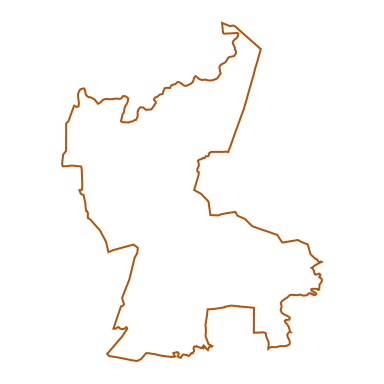 the district of San Juan Cacahuatepec, Oaxaca, Mexico
{"feature_id": "50627088B64633222678632", "entity_name": "San Juan Cacahuatepec", "entity_type": "district", "adm_level": 2, "iso_a3": "MEX", "parent_name": "Mexico", "parent_adm1": "Oaxaca", "projection": "robinson", "projection_center": [-98.147, 16.655], "detail": "fine", "context": "isolated", "style": "outline", "palette": "amber", "viewbox_px": 384, "rotation_deg": 0, "n_neighbors": 0, "source": "geoboundaries", "source_scale": "gbopen_adm2", "svg_char_len": 5931}
<svg xmlns="http://www.w3.org/2000/svg" viewBox="0 0 384 384"><path d="M120.9,306.5L113.4,328.7L114.7,328.8L115.7,328.5L116.4,328.1L117.3,327.4L118.4,327.0L119.1,327.6L120.1,328.6L121.2,329.0L122.6,329.1L124.4,328.7L125.8,327.4L126.5,327.2L127.0,328.0L127.2,328.8L122.2,336.4L107.2,353.9L109.2,356.1L116.6,357.2L123.3,358.5L130.7,360.0L133.5,360.5L136.9,361.0L140.8,359.3L146.0,353.3L146.8,353.1L147.8,353.1L152.9,353.9L154.0,354.0L154.4,354.0L155.1,354.1L157.4,354.9L162.0,355.8L170.9,356.9L171.3,357.0L171.8,356.7L174.0,356.9L175.2,356.5L175.1,356.4L174.5,356.5L173.4,353.0L177.4,352.1L178.8,353.5L177.8,356.5L178.5,356.8L179.2,357.4L180.9,357.8L181.1,357.7L181.1,356.8L182.9,354.7L183.7,354.5L184.6,354.6L185.5,354.9L186.8,355.0L188.4,356.0L188.8,356.0L190.2,354.5L191.0,353.9L191.3,353.1L191.8,353.1L192.7,353.3L194.0,351.0L194.0,350.0L193.6,348.8L193.6,348.0L194.2,346.6L194.8,346.4L195.7,346.8L196.3,346.6L196.8,346.1L199.1,347.4L201.1,348.2L201.9,347.4L203.6,348.4L204.6,347.0L203.2,346.2L203.7,345.5L207.9,350.1L208.6,348.6L208.7,348.1L209.5,346.7L210.8,346.7L212.3,346.4L212.4,346.1L208.5,344.1L205.8,336.8L205.6,336.0L205.9,331.8L205.8,327.8L205.4,324.8L205.8,323.1L207.0,315.2L207.6,309.4L212.9,309.0L213.1,309.1L224.6,307.3L224.8,307.3L224.8,306.8L231.2,305.6L239.4,306.3L239.6,306.7L241.3,306.6L254.0,307.8L254.0,314.2L253.9,319.7L253.9,332.7L258.5,332.6L263.6,332.3L265.7,333.1L266.2,336.5L268.5,341.6L268.7,344.3L268.5,346.8L268.2,347.7L268.3,348.8L269.4,347.7L270.6,347.3L271.6,347.0L272.3,347.0L274.4,347.2L276.9,347.0L278.8,346.4L280.7,346.0L283.3,346.2L284.9,346.0L285.9,345.9L287.0,345.7L288.0,345.1L288.8,344.9L289.7,343.9L289.8,342.6L289.7,341.2L288.8,338.8L287.8,337.4L287.6,336.2L287.2,335.1L287.6,334.0L288.4,333.0L289.0,332.3L289.7,331.9L290.4,332.0L290.1,331.7L288.7,326.7L285.7,322.6L284.9,321.4L285.0,320.6L285.5,320.1L289.4,319.6L289.8,317.7L288.3,316.4L286.6,315.6L285.0,314.8L284.4,314.6L281.6,312.6L280.6,309.9L281.4,307.5L281.6,307.2L281.6,306.4L281.5,305.7L280.8,303.6L280.8,303.2L281.4,302.0L281.9,301.2L285.7,298.4L287.2,297.6L288.5,296.2L290.1,295.0L292.2,294.8L295.4,295.1L297.7,295.1L300.2,294.6L301.6,295.0L303.6,295.7L307.1,295.1L309.0,293.2L309.3,293.2L311.2,293.8L312.2,294.3L312.0,293.8L313.6,294.4L314.3,294.8L314.9,295.0L315.0,295.0L315.7,294.7L315.9,294.5L316.1,294.3L316.3,293.9L316.3,293.7L315.7,292.9L313.2,291.6L311.4,290.4L311.2,289.6L311.4,289.1L312.5,288.8L314.6,288.8L317.5,289.0L317.8,289.8L318.6,289.9L319.2,289.4L319.6,284.5L321.7,281.5L321.9,280.2L321.8,279.1L319.9,277.6L320.1,277.5L320.1,277.4L319.4,277.2L320.4,274.8L320.0,274.5L319.1,273.6L318.1,274.1L316.1,274.6L315.7,274.2L315.2,274.5L314.8,274.2L314.5,273.5L313.9,271.0L313.2,269.4L312.7,268.7L311.6,267.8L311.9,267.7L312.9,267.1L313.3,266.7L314.6,265.5L316.4,264.6L318.9,263.1L321.7,261.9L321.0,261.5L319.8,261.8L319.2,261.9L318.7,261.7L317.8,260.8L317.1,259.4L315.9,259.1L313.3,257.0L310.5,254.1L307.8,244.5L300.9,241.7L297.8,240.0L288.2,241.6L283.0,242.5L282.0,242.3L277.4,235.0L265.5,230.8L264.3,230.5L252.4,226.3L250.0,224.0L245.1,219.0L237.5,215.7L235.3,211.9L226.6,213.2L220.7,214.4L218.5,215.4L210.4,215.1L208.5,201.6L206.2,199.1L201.1,193.8L194.1,190.0L198.3,176.1L198.5,175.4L198.8,173.0L198.7,172.1L197.4,171.5L197.3,169.3L198.1,167.4L198.7,166.4L198.8,165.5L198.7,163.1L197.9,161.0L198.8,159.9L200.4,159.3L201.3,159.2L201.7,159.1L202.2,158.3L203.0,158.0L204.1,158.1L204.4,158.2L205.0,157.5L205.8,156.2L207.1,156.2L207.4,156.3L207.8,156.3L208.3,156.1L208.7,155.4L208.7,155.2L209.0,154.3L208.8,153.8L208.9,153.4L210.2,152.6L210.6,152.1L211.4,152.0L211.4,151.9L215.9,151.9L221.9,151.9L225.8,151.7L228.2,152.0L228.7,150.5L230.0,147.4L234.2,135.4L240.6,117.8L244.1,108.3L245.1,104.3L245.5,103.5L248.1,94.0L250.3,86.3L253.9,73.8L255.0,69.1L257.3,61.6L260.8,49.1L235.0,26.3L234.2,25.9L232.4,25.5L231.3,25.9L230.0,26.1L222.1,23.0L223.0,32.8L224.1,33.7L237.4,33.0L238.2,33.6L238.0,35.1L238.1,35.9L236.3,38.4L235.2,39.1L233.2,41.1L232.7,43.1L234.9,47.9L235.0,49.7L235.9,51.2L236.0,53.3L234.0,56.1L229.9,56.9L228.4,57.5L227.4,59.1L226.1,61.4L224.8,62.7L221.5,64.3L220.4,65.2L219.6,66.6L219.4,68.0L219.9,70.0L219.9,71.1L220.5,72.6L220.6,73.7L218.9,75.8L218.2,77.2L216.8,78.6L213.3,80.0L211.0,80.4L209.2,80.5L206.2,80.0L205.0,79.5L203.3,79.9L202.0,80.0L200.1,79.4L198.6,78.6L197.1,77.2L195.6,76.1L194.7,76.8L194.1,77.9L193.5,80.3L192.3,82.6L190.8,83.7L186.8,85.7L185.7,85.8L184.8,85.8L183.7,85.3L182.4,84.4L180.8,83.1L179.4,82.3L178.0,82.0L176.8,82.5L176.0,83.6L175.3,84.2L174.1,84.3L171.0,85.6L170.0,88.0L169.1,88.0L168.1,87.7L164.6,88.2L164.1,89.8L163.3,91.2L162.7,93.9L159.7,94.7L157.4,96.7L155.3,97.4L154.1,98.9L154.0,99.8L155.8,101.9L155.9,102.9L151.4,109.4L145.8,109.8L143.4,107.6L140.2,107.3L139.3,108.4L138.0,110.4L138.1,110.9L137.5,112.0L137.7,113.9L137.6,116.2L137.0,118.0L135.8,120.0L134.8,120.0L132.4,121.4L129.7,121.9L128.5,122.5L122.3,122.1L120.9,121.2L121.5,119.1L122.6,114.3L123.6,113.0L124.1,111.5L124.4,108.6L125.2,106.3L126.9,103.7L127.9,101.0L128.2,98.3L126.6,97.0L125.1,96.1L122.9,96.1L121.5,98.1L119.8,99.0L118.1,98.7L115.4,98.6L112.4,99.1L108.9,99.2L106.1,98.9L103.3,99.7L102.1,100.6L101.5,101.5L99.9,102.8L98.1,103.8L97.7,103.4L94.5,99.4L90.4,97.2L88.7,97.2L87.0,96.0L85.9,94.6L84.7,89.1L83.6,88.3L81.2,89.1L80.5,89.2L78.8,91.6L78.0,95.0L78.1,96.7L78.9,103.0L78.6,106.3L76.8,107.0L74.1,105.7L68.4,121.3L66.2,123.4L66.1,150.9L63.1,154.7L62.1,163.6L62.7,166.3L68.8,166.1L69.8,165.7L70.4,165.6L72.4,165.6L81.2,166.5L81.7,169.4L82.1,177.5L82.3,186.6L81.9,189.8L79.5,189.9L79.4,190.0L80.4,192.6L80.5,193.2L80.8,193.7L82.2,194.6L83.5,194.8L85.4,203.4L85.5,206.5L86.2,210.9L87.0,211.1L87.3,211.4L87.1,211.7L87.1,212.0L87.3,212.3L87.9,213.1L87.8,217.9L90.1,219.3L100.0,230.4L106.1,241.9L108.4,252.2L113.2,250.1L129.4,245.7L133.7,244.6L137.8,247.8L137.3,252.8L134.6,257.9L129.3,279.6L122.1,297.9L122.9,300.7L124.0,304.3L123.0,305.6L120.9,306.5Z" fill="none" stroke="#b45309" stroke-width="2"/></svg>